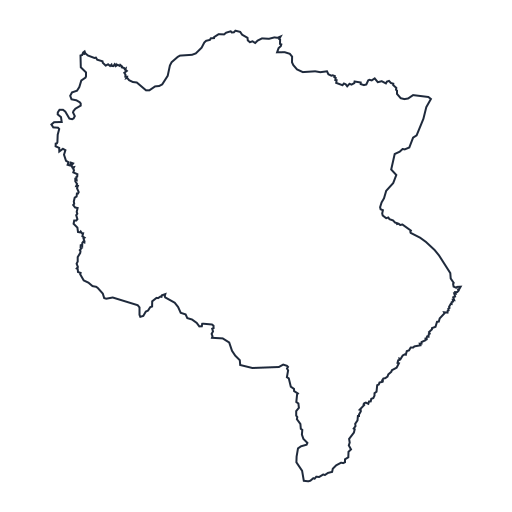 the district of Samrong, Ubon Ratchathani, Thailand
{"feature_id": "78962969B51055039755646", "entity_name": "Samrong", "entity_type": "district", "adm_level": 2, "iso_a3": "THA", "parent_name": "Thailand", "parent_adm1": "Ubon Ratchathani", "projection": "mercator", "projection_center": [104.788, 14.959], "detail": "fine", "context": "isolated", "style": "outline", "palette": "slate", "viewbox_px": 512, "rotation_deg": 0, "n_neighbors": 0, "source": "geoboundaries", "source_scale": "gbopen_adm2", "svg_char_len": 5848}
<svg xmlns="http://www.w3.org/2000/svg" viewBox="0 0 512 512"><path d="M460.6,286.7L457.1,286.9L456.1,287.7L453.6,286.6L453.1,283.9L453.7,282.9L450.7,278.5L450.3,273.1L439.0,255.4L434.6,250.0L425.9,241.9L420.1,237.7L410.7,232.9L410.3,231.8L410.9,230.6L402.4,224.5L400.2,225.0L398.6,223.7L397.2,224.0L397.2,223.2L395.1,222.6L393.0,220.4L389.5,219.2L388.3,217.5L386.2,218.2L382.7,215.5L382.2,213.4L382.9,210.2L380.6,209.3L380.1,207.2L381.6,202.4L384.0,198.3L386.2,190.8L393.2,183.1L396.3,175.0L391.2,169.5L394.7,154.0L399.7,151.7L402.6,149.0L404.7,149.4L409.3,147.5L413.1,137.6L416.6,135.4L423.4,118.8L426.3,107.1L430.9,99.0L428.4,97.0L413.1,95.1L408.1,98.5L404.4,99.1L400.7,98.2L397.0,93.9L397.0,90.7L396.0,89.7L396.3,87.9L393.2,85.1L393.3,83.7L390.9,83.0L389.0,80.9L386.9,81.6L385.9,83.4L381.7,81.2L377.8,82.2L374.7,78.4L371.7,80.4L369.4,79.8L368.2,80.4L366.3,84.5L363.9,85.1L360.7,84.1L360.7,82.5L354.6,81.5L354.3,83.1L351.5,84.6L349.5,83.8L347.2,86.3L345.7,84.3L343.9,83.5L342.5,85.2L336.2,82.9L336.6,80.2L335.3,80.0L335.7,77.9L334.4,77.2L334.8,76.1L332.7,75.3L331.4,75.7L328.4,74.3L327.0,71.3L320.3,72.2L315.2,71.3L302.8,72.1L297.0,69.4L293.3,65.1L292.0,62.3L292.1,56.6L289.8,53.8L284.7,52.2L277.1,52.3L278.6,48.1L280.8,46.1L281.3,44.4L280.0,43.9L280.1,39.6L279.2,39.0L280.6,36.5L277.5,37.8L274.4,37.4L269.0,38.8L262.0,38.4L257.6,40.6L255.2,43.0L252.5,41.3L249.9,42.2L247.8,40.4L247.5,37.8L242.1,34.7L240.2,31.9L235.4,30.7L233.9,32.3L231.8,32.5L230.7,31.3L226.1,32.7L224.1,34.4L218.6,34.2L214.1,37.1L214.0,38.1L210.8,38.3L209.9,39.9L206.1,40.8L204.3,42.5L201.6,47.7L195.8,53.4L192.0,54.8L180.0,55.6L177.7,56.9L171.6,62.2L169.9,65.5L167.7,75.8L162.2,84.4L159.2,86.0L155.1,86.4L149.4,90.3L146.0,90.3L136.8,82.5L132.8,82.0L129.1,80.2L127.2,77.9L126.3,78.2L127.0,76.7L125.3,76.6L125.5,74.7L124.3,72.8L126.8,70.9L125.4,69.7L125.6,68.7L124.8,69.3L124.1,68.0L121.9,67.4L122.1,66.5L120.2,64.9L119.7,65.9L117.6,64.8L116.7,65.5L116.2,64.6L115.5,65.8L114.6,64.3L113.4,66.1L112.0,66.0L111.5,64.6L110.1,66.0L108.1,64.3L105.7,65.6L102.8,62.8L102.5,61.3L97.2,59.7L95.9,57.6L94.5,58.0L87.9,55.5L85.3,53.3L84.6,51.4L83.3,52.4L83.7,53.8L82.7,53.6L82.2,55.0L80.5,55.5L80.8,67.3L86.0,72.4L86.0,76.3L85.5,77.6L81.3,80.5L79.3,87.1L77.0,90.7L72.0,92.4L70.2,95.8L71.5,99.3L76.4,100.3L79.8,102.3L80.7,103.5L80.7,105.6L75.4,108.7L73.5,111.0L73.0,112.4L74.8,116.1L73.6,118.4L72.2,119.2L69.4,118.6L65.3,111.6L63.0,109.8L59.5,109.8L57.8,112.4L57.7,114.4L61.0,117.1L61.7,122.0L54.1,122.2L51.4,124.5L53.3,127.4L58.0,127.7L59.2,129.0L57.7,134.7L57.4,142.2L56.9,143.3L55.7,143.6L55.6,146.3L59.2,147.9L59.3,151.5L62.9,148.8L65.4,150.2L64.0,154.7L66.0,160.8L68.5,162.2L67.6,164.8L70.0,165.5L70.8,162.6L73.1,163.4L71.5,165.5L72.3,167.4L74.0,167.1L73.2,168.8L74.0,170.2L73.3,172.4L77.4,174.2L77.2,176.6L76.2,177.2L76.6,179.9L75.3,179.2L75.3,181.3L77.1,184.0L76.2,186.1L77.8,186.0L77.0,188.2L78.7,192.1L78.0,193.5L76.9,193.5L76.6,196.5L74.7,197.6L73.8,201.5L74.2,203.8L73.2,205.0L75.1,207.5L77.6,208.0L76.7,211.9L77.3,213.7L76.2,215.2L77.4,219.2L76.3,220.5L74.2,220.5L73.6,223.8L77.4,227.6L78.0,232.0L80.1,232.4L80.7,231.5L82.0,233.3L83.1,233.3L82.4,236.3L84.5,237.7L83.5,238.4L84.5,241.5L84.4,242.4L83.2,241.7L82.3,242.9L82.2,245.6L81.7,244.9L80.7,245.2L80.6,247.5L81.4,248.3L79.8,250.1L80.5,251.1L80.2,253.0L77.7,257.1L77.7,261.5L76.6,263.7L77.9,267.0L76.7,268.5L77.7,269.0L78.0,272.0L80.6,272.9L80.2,274.3L83.7,280.4L88.5,282.7L92.5,286.1L96.2,286.8L97.8,288.0L102.8,293.6L104.2,298.1L106.3,298.7L112.7,297.5L137.7,305.2L139.5,307.4L139.5,314.8L140.3,316.8L143.3,315.9L145.8,311.6L148.0,310.6L150.2,307.2L152.1,306.5L152.2,301.3L156.5,297.9L158.1,298.1L160.5,296.5L161.5,296.8L161.9,295.3L165.3,294.1L164.7,296.1L165.2,297.4L174.7,302.7L178.1,307.0L180.7,312.8L185.6,314.4L187.3,318.1L192.0,319.5L196.7,322.9L199.3,326.4L201.8,326.3L202.2,323.8L203.1,323.7L212.0,324.5L213.5,325.7L213.6,328.1L212.2,328.7L213.0,331.4L211.6,333.9L212.5,336.2L212.0,337.8L222.7,338.4L229.2,342.5L232.0,350.8L235.2,355.6L239.8,360.2L240.2,365.0L252.4,368.0L278.9,367.0L283.2,364.6L286.9,365.8L288.0,366.9L287.0,368.5L288.1,370.4L286.9,377.2L288.8,378.4L290.8,386.7L294.0,388.9L294.1,391.1L297.9,393.5L297.1,394.4L296.3,402.0L298.4,403.5L298.9,407.8L296.2,411.1L296.2,415.6L297.3,417.1L296.9,419.2L300.4,424.0L300.8,428.8L302.3,429.9L301.9,434.6L303.4,438.9L307.4,442.9L306.6,444.7L301.0,446.3L298.0,448.4L296.6,456.5L296.4,462.3L302.1,470.8L303.8,480.8L308.3,481.3L310.4,480.7L313.3,478.2L314.6,478.7L316.3,476.7L319.1,477.0L323.2,474.5L324.9,475.0L328.0,472.9L332.1,471.9L332.8,468.7L336.2,465.3L341.1,462.7L343.2,463.1L345.0,462.2L345.0,459.3L348.3,457.3L348.5,451.8L351.0,449.4L348.8,445.4L349.7,442.6L349.1,438.9L353.9,432.6L354.7,429.3L353.7,428.6L355.5,426.1L355.2,423.8L357.5,420.4L357.9,416.0L359.0,416.0L359.0,414.5L360.8,411.4L360.7,410.0L359.7,409.7L364.2,405.0L363.6,404.2L364.3,403.2L365.8,402.6L368.3,403.8L369.0,401.5L370.7,401.4L371.3,398.8L373.3,398.1L374.5,395.6L374.5,393.2L376.5,391.7L377.2,385.2L378.8,384.5L379.5,382.5L382.6,381.8L382.9,380.9L382.2,380.3L383.4,378.5L385.2,378.2L387.5,376.6L388.3,374.4L391.3,371.8L391.9,370.2L396.6,367.7L398.9,363.3L397.5,362.9L398.2,360.3L399.5,359.9L399.4,358.6L400.5,359.1L402.7,355.5L404.9,354.3L405.8,354.7L406.8,351.1L409.0,350.4L410.7,347.5L413.2,347.5L414.4,346.4L420.4,345.3L419.8,343.7L421.5,343.7L421.6,342.0L425.6,340.2L425.5,338.8L426.7,339.0L426.6,337.5L427.3,336.3L428.5,336.7L428.8,334.0L429.7,333.6L429.0,332.1L431.9,329.4L432.0,328.1L435.5,326.8L437.0,321.8L438.8,321.6L439.7,318.4L444.6,313.2L444.1,312.3L447.5,312.6L447.7,310.7L448.6,310.3L448.3,308.8L449.5,307.9L449.1,306.8L450.8,303.8L451.6,304.0L451.7,302.2L453.1,301.5L452.8,299.9L454.2,300.1L453.2,297.3L455.1,296.5L454.2,293.4L455.7,293.6L455.2,292.1L457.2,292.1L458.7,290.5L458.1,289.4L459.3,289.0L460.6,286.7Z" fill="none" stroke="#1e293b" stroke-width="2"/></svg>